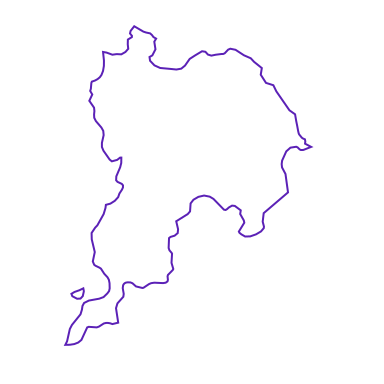 Gerona, orthographic projection, rotated 274°
{"feature_id": "ESP-5820", "entity_name": "Gerona", "entity_type": "Autonomous Community", "adm_level": 1, "iso_a3": "ESP", "parent_name": "Spain", "parent_adm1": "", "projection": "orthographic", "projection_center": [2.529, 42.07], "detail": "fine", "context": "isolated", "style": "outline", "palette": "violet", "viewbox_px": 384, "rotation_deg": 274, "n_neighbors": 0, "source": "natural_earth", "source_scale": "10m", "svg_char_len": 2960}
<svg xmlns="http://www.w3.org/2000/svg" viewBox="0 0 384 384"><g transform="rotate(274 192 192)"><path d="M30.7,76.3L34.4,77.8L46.8,79.7L51.0,81.5L62.2,89.3L66.9,90.4L70.7,90.7L73.8,92.1L76.5,96.7L79.1,106.9L81.0,111.1L84.9,114.6L87.4,116.2L90.1,116.6L95.3,116.1L98.6,115.2L101.0,113.7L104.4,110.1L109.2,106.5L110.1,104.9L111.7,100.9L112.6,99.5L115.8,97.9L125.3,99.2L137.8,95.3L144.1,94.7L149.7,97.9L152.1,99.9L163.8,105.4L170.0,106.8L173.2,107.0L174.7,111.4L177.8,115.6L181.7,118.7L185.4,119.7L189.5,122.0L191.7,122.8L193.8,122.7L195.2,121.4L196.9,117.0L198.4,115.5L202.3,115.4L211.6,118.6L216.0,119.4L221.4,119.1L221.3,117.9L218.8,115.1L217.0,109.9L218.6,107.6L227.0,100.8L230.6,99.0L234.7,98.7L242.6,99.9L246.8,99.2L250.0,97.1L256.0,91.2L259.2,89.3L262.5,88.9L265.9,89.0L269.3,88.4L275.8,83.2L282.3,85.7L285.7,83.4L287.9,83.9L293.8,84.0L295.1,84.4L296.4,87.4L298.0,89.9L300.0,92.0L302.4,93.5L306.5,94.8L311.6,95.3L316.9,95.0L325.5,93.5L325.1,97.1L323.4,103.0L324.3,107.2L324.4,111.9L327.0,115.8L330.4,118.4L334.9,117.6L339.6,117.4L342.3,121.2L343.6,121.2L345.8,119.1L348.4,119.5L353.3,122.8L348.6,132.3L347.9,135.0L347.3,139.2L345.7,141.2L343.9,142.7L342.5,145.5L339.3,143.9L331.8,145.6L325.5,142.9L323.7,140.2L320.0,141.0L315.7,145.7L313.5,151.6L313.3,161.2L313.1,167.9L314.3,172.7L317.6,176.2L324.6,180.4L328.5,185.6L333.1,192.2L332.8,195.6L330.2,198.3L329.4,201.8L330.6,206.1L331.7,211.7L331.9,213.6L332.7,215.0L336.5,218.1L337.6,220.2L336.9,225.5L332.0,234.3L329.5,241.3L326.2,244.8L320.5,253.0L313.8,252.4L306.0,258.2L304.2,265.7L298.3,269.1L280.3,283.5L276.7,289.4L270.1,291.0L265.4,292.3L260.0,293.7L257.8,294.4L256.9,294.9L253.8,297.8L253.1,299.0L252.4,301.0L250.4,301.5L248.1,301.4L245.3,307.7L241.7,300.1L241.5,297.6L242.0,296.4L243.9,294.2L244.4,292.8L243.1,287.1L239.1,283.2L229.6,279.7L226.1,279.5L222.8,280.1L216.5,284.0L198.3,287.8L175.9,265.0L167.3,264.6L162.5,266.2L160.9,266.1L157.5,263.6L154.2,258.8L151.8,253.2L151.3,248.1L153.2,244.2L154.6,242.2L155.8,241.5L165.0,246.3L167.2,245.7L173.4,241.6L177.1,241.9L181.1,235.7L181.2,232.9L179.1,229.8L177.4,228.2L176.4,226.8L176.6,225.1L186.6,213.9L188.6,210.0L189.3,204.3L187.6,198.7L184.4,194.0L180.5,191.4L172.5,191.4L169.7,189.3L161.7,178.3L153.9,180.7L150.0,180.6L147.2,177.7L145.7,173.7L144.4,172.3L134.5,172.6L132.2,173.6L129.9,175.9L129.1,176.4L119.9,176.5L113.9,178.7L112.9,178.3L107.6,173.8L106.2,173.5L102.7,174.1L101.1,173.8L99.7,172.1L99.1,169.5L98.9,160.7L98.2,157.6L97.2,155.6L93.1,150.3L92.8,149.2L93.9,142.7L96.8,139.0L97.5,136.9L97.4,134.1L97.0,132.4L96.3,131.2L95.4,130.4L94.2,129.8L91.3,129.6L85.6,131.0L82.7,130.8L75.7,125.4L70.8,124.3L56.5,127.5L54.7,121.8L55.3,119.6L55.5,117.5L55.4,115.4L54.7,113.2L51.2,108.5L50.3,106.4L50.3,98.4L49.6,96.9L36.7,92.0L33.9,89.0L32.1,85.2L31.1,80.8L30.7,76.3ZM82.0,78.8L84.1,81.8L86.1,86.4L88.3,90.3L87.6,90.5L85.6,91.0L85.0,91.0L80.5,90.3L77.9,88.2L77.5,84.8L79.7,79.9L82.0,78.8Z" fill="none" stroke="#5b21b6" stroke-width="2"/></g></svg>